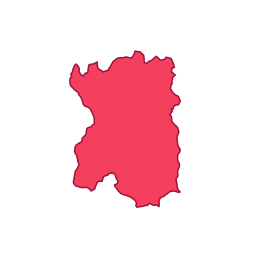 the district of Tambaú, São Paulo, Brazil, rotated 321°
{"feature_id": "56859067B22944162583516", "entity_name": "Tambaú", "entity_type": "district", "adm_level": 2, "iso_a3": "BRA", "parent_name": "Brazil", "parent_adm1": "São Paulo", "projection": "orthographic", "projection_center": [-47.241, -21.6], "detail": "fine", "context": "isolated", "style": "filled", "palette": "rose", "viewbox_px": 256, "rotation_deg": 321, "n_neighbors": 0, "source": "geoboundaries", "source_scale": "gbopen_adm2", "svg_char_len": 3158}
<svg xmlns="http://www.w3.org/2000/svg" viewBox="0 0 256 256"><g transform="rotate(321 128 128)"><path d="M117.4,50.2L116.8,52.3L114.9,52.7L113.2,53.9L111.9,55.6L110.8,57.2L110.0,59.3L110.4,62.1L110.6,65.2L111.3,67.6L111.6,69.4L110.7,71.1L110.8,73.2L110.4,75.6L109.6,78.5L108.7,80.1L108.2,81.6L108.3,84.3L109.6,85.5L110.3,88.0L110.7,89.5L110.1,91.8L109.7,93.9L109.1,96.0L108.2,98.6L107.0,100.1L105.4,102.5L104.0,103.7L101.9,103.3L100.1,103.9L98.6,103.1L96.8,102.5L95.4,102.8L93.9,104.1L92.2,105.8L90.1,106.8L87.9,106.8L86.0,107.1L84.7,108.3L83.6,109.5L81.4,109.2L79.6,108.8L76.9,108.7L74.8,109.6L73.7,110.8L72.0,112.1L71.2,114.1L71.0,115.9L70.7,117.5L69.6,119.3L69.1,120.9L67.8,122.5L67.4,125.1L65.5,126.3L63.6,127.3L61.6,128.1L60.0,128.3L51.1,136.0L50.9,137.6L50.8,139.9L52.4,142.1L53.8,144.4L56.0,146.4L57.7,147.4L58.7,148.5L59.5,150.1L59.7,151.8L59.8,153.8L61.9,154.2L63.9,154.4L65.9,152.9L68.3,151.8L69.8,151.0L71.5,150.9L72.6,151.8L74.4,153.1L76.6,151.5L78.4,150.5L80.2,150.8L82.5,151.9L85.0,151.6L87.4,153.0L88.6,155.2L88.3,157.2L87.4,158.9L86.8,162.3L85.6,164.2L83.5,164.3L82.0,163.7L81.1,165.0L81.1,167.7L80.9,171.4L81.2,174.1L82.2,176.4L83.9,178.8L85.1,180.8L86.4,183.0L86.9,184.5L87.5,186.8L88.0,188.7L87.4,191.6L85.2,193.3L85.0,195.0L86.2,195.8L88.4,197.0L90.2,198.2L92.3,199.0L94.4,200.3L97.2,200.2L98.1,201.6L98.9,203.8L101.7,205.9L102.7,208.4L104.5,206.6L105.5,204.9L106.8,203.8L108.8,202.8L110.6,202.9L112.8,203.7L115.0,203.5L117.5,203.9L119.2,203.6L121.2,204.1L123.6,205.4L124.9,207.0L125.8,208.3L126.7,209.9L128.2,210.4L128.2,208.2L128.3,206.7L129.0,204.9L130.0,203.5L131.8,200.5L133.1,198.0L135.0,197.2L136.6,196.7L138.6,193.8L139.8,192.5L141.4,191.5L143.1,190.6L144.7,189.3L145.5,187.9L145.7,186.0L146.7,183.8L148.4,181.7L149.7,180.1L151.4,179.6L153.3,179.2L155.1,177.3L155.3,174.9L156.2,172.1L157.9,169.4L159.1,167.8L159.7,166.5L161.8,164.9L164.0,164.0L165.3,162.6L166.0,160.9L166.7,159.2L166.8,157.7L166.4,155.5L166.3,153.8L166.1,151.6L166.7,149.6L168.0,148.1L169.0,146.0L168.8,143.9L170.8,143.5L172.8,142.9L173.7,140.5L174.8,141.7L176.3,140.3L178.8,140.0L180.6,141.0L182.1,141.6L183.6,140.9L185.5,140.0L186.4,137.2L187.1,135.2L186.3,133.7L185.4,131.2L185.2,129.0L185.2,127.3L185.7,124.3L187.6,122.2L190.3,121.2L191.4,119.5L193.4,117.8L194.6,116.8L196.5,116.6L198.0,116.7L197.6,113.8L196.9,111.9L198.3,111.0L199.3,109.2L202.1,110.1L203.1,108.2L203.9,105.9L204.7,103.6L205.2,101.2L203.2,98.4L202.2,97.0L200.0,97.6L197.5,96.7L195.6,95.3L195.6,92.4L195.0,90.0L188.7,90.3L186.4,89.3L185.0,89.5L183.0,89.3L182.1,87.9L182.5,86.3L183.8,84.7L185.0,83.0L186.0,81.2L185.5,79.0L185.5,76.8L181.9,72.7L179.9,74.1L177.4,75.1L175.5,75.7L173.7,75.0L172.6,73.3L171.2,71.6L168.9,70.5L167.4,69.5L165.6,68.1L163.5,67.1L161.4,67.1L158.5,66.9L156.6,67.7L154.9,68.3L152.4,69.4L150.2,69.8L149.1,70.8L146.6,69.7L144.0,68.8L143.1,65.5L142.1,63.6L142.5,61.9L143.8,59.7L144.9,58.5L145.4,57.1L143.6,56.9L141.7,56.6L137.8,54.3L136.4,55.0L133.5,57.8L131.4,59.7L129.1,58.5L127.1,59.1L125.3,58.8L125.0,55.7L125.7,53.1L127.7,50.9L128.2,47.6L127.8,45.6L126.3,45.8L124.1,46.7L122.3,47.7L120.0,49.5L117.4,50.2Z" fill="#f43f5e" stroke="#9f1239" stroke-width="1.5"/></g></svg>